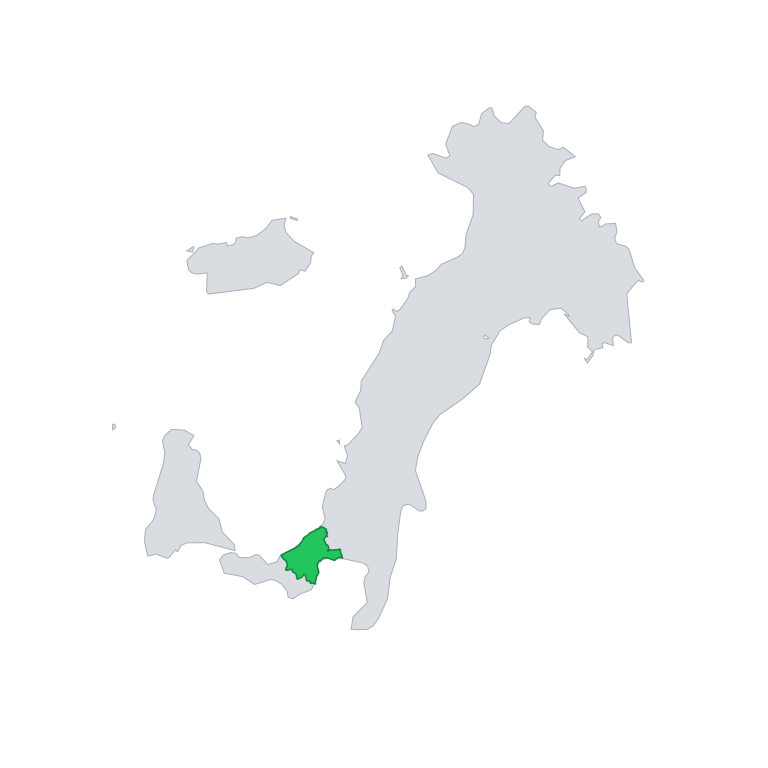 Cosenza on a map of Italy (orthographic projection), rotated 71°
{"feature_id": "ITA-5391", "entity_name": "Cosenza", "entity_type": "Province", "adm_level": 1, "iso_a3": "ITA", "parent_name": "Italy", "parent_adm1": "", "projection": "orthographic", "projection_center": [16.346, 39.592], "detail": "fine", "context": "in_parent", "style": "filled", "palette": "green", "viewbox_px": 768, "rotation_deg": 71, "n_neighbors": 0, "source": "natural_earth", "source_scale": "10m", "svg_char_len": 6492}
<svg xmlns="http://www.w3.org/2000/svg" viewBox="0 0 768 768"><g transform="rotate(71 384 384)"><path d="M177.1,151.7L180.8,154.5L196.4,150.9L205.3,154.7L213.4,150.5L219.0,143.2L218.6,137.3L231.5,129.1L231.7,139.8L237.8,147.6L244.1,149.9L242.2,154.1L247.9,163.4L250.5,162.8L251.5,161.3L250.6,153.8L261.0,140.1L262.3,130.1L264.0,129.2L268.4,130.2L271.3,139.9L286.7,138.0L291.3,145.5L293.8,144.3L290.8,131.9L293.1,125.8L297.2,124.9L299.7,128.1L305.5,129.3L306.0,125.7L304.7,123.1L307.5,112.7L316.1,114.2L320.9,118.3L326.9,118.5L332.6,110.4L336.8,108.5L356.2,109.0L370.8,104.6L371.9,105.8L369.1,109.7L369.8,112.4L377.7,125.1L425.5,136.6L424.6,139.6L414.0,147.0L413.1,150.0L414.6,152.7L422.4,154.8L416.7,161.9L416.7,164.7L420.8,165.2L419.9,174.1L425.0,177.0L430.4,185.0L424.6,186.2L427.0,184.2L421.5,176.4L415.3,179.4L405.7,175.8L398.9,182.7L376.1,190.9L380.2,186.9L378.5,186.8L370.1,191.8L367.7,202.6L373.5,213.6L378.2,217.6L375.7,224.1L372.5,226.4L368.6,224.4L367.2,230.2L368.5,246.0L371.5,257.1L382.2,269.8L390.4,274.0L415.1,293.6L423.8,314.8L431.1,341.2L437.6,351.2L451.4,365.5L464.1,376.0L476.1,382.5L507.8,382.5L515.8,384.8L516.7,389.2L515.2,392.2L505.7,399.5L505.1,405.4L509.6,409.5L531.3,420.4L553.6,429.4L568.7,441.1L588.4,450.7L603.9,465.6L609.5,473.5L610.6,479.7L607.1,490.6L605.2,495.0L594.1,489.1L585.0,470.8L565.8,467.9L560.2,464.8L556.9,459.3L550.9,458.8L546.7,461.8L536.2,479.0L530.5,493.9L530.2,499.9L533.4,505.7L542.7,508.9L554.8,519.4L555.3,532.5L557.5,539.9L554.3,544.1L548.2,543.1L540.1,545.8L534.3,550.6L531.9,555.2L531.4,571.6L520.3,580.1L510.8,596.6L496.7,596.7L493.4,591.5L493.4,584.0L495.8,579.3L501.0,577.2L504.5,567.6L503.4,560.6L505.5,557.5L516.8,552.8L517.3,543.1L513.1,538.7L509.6,521.0L496.2,486.8L491.8,483.4L479.9,482.4L465.9,473.1L465.1,469.3L467.5,465.7L466.0,460.8L461.8,452.1L458.8,450.0L441.4,453.4L446.5,446.5L440.4,441.9L429.7,441.7L429.9,438.6L422.7,424.5L417.8,418.7L398.3,415.2L391.9,417.4L382.6,408.2L374.0,404.6L353.0,378.4L342.7,370.3L336.6,359.0L323.6,351.0L317.4,352.5L316.0,351.0L319.3,349.0L318.9,344.8L310.5,333.4L305.5,329.6L302.3,322.3L294.8,320.1L295.9,307.5L293.7,298.4L289.4,290.5L287.8,272.3L286.0,267.0L280.9,262.8L269.1,257.6L253.2,244.7L233.9,237.6L225.4,241.0L202.1,264.0L181.9,268.0L182.0,262.7L190.7,251.9L189.7,247.4L177.4,247.6L162.7,235.5L161.7,226.0L167.1,217.6L170.0,215.8L169.2,209.8L160.3,203.8L157.4,195.6L157.4,192.9L160.0,191.8L165.5,192.8L175.0,188.2L178.4,181.0L167.5,160.6L168.4,156.7L177.1,151.7ZM374.1,274.4L375.0,269.7L370.8,272.5L371.8,274.7L374.1,274.4ZM493.1,579.0L475.9,604.7L470.0,622.1L470.6,628.7L475.4,633.6L473.0,635.5L478.1,643.8L478.0,646.0L470.3,655.3L470.0,663.4L455.6,661.9L443.9,657.0L438.3,647.5L433.8,643.5L428.9,640.3L418.8,640.2L414.3,638.2L388.1,619.0L377.8,613.7L365.8,612.0L361.2,607.7L357.7,599.5L362.9,587.3L371.0,580.6L377.8,588.8L384.1,586.4L384.5,583.9L388.9,580.9L394.4,581.1L415.1,593.0L426.2,590.1L436.1,591.6L445.4,590.3L457.5,584.0L471.3,585.0L487.4,577.7L493.1,579.0ZM251.7,429.0L257.2,449.9L249.7,461.8L251.2,475.4L241.9,520.4L238.7,521.6L221.4,514.9L219.2,525.2L216.5,529.3L212.8,531.7L203.2,530.2L195.0,514.4L195.5,499.6L197.8,495.5L198.8,487.0L202.5,486.8L203.2,481.1L201.4,477.8L197.9,476.4L198.5,470.0L201.5,465.3L202.3,456.6L198.5,445.1L192.7,436.5L195.3,422.6L200.6,426.7L209.0,427.2L219.4,422.8L237.1,407.7L239.1,410.9L245.7,414.1L251.6,421.7L248.8,426.1L251.7,429.0ZM289.8,325.7L291.0,329.0L290.2,333.5L287.1,330.7L279.0,331.1L278.3,328.8L288.2,327.5L289.8,325.7ZM196.8,522.0L194.0,527.1L192.0,519.9L192.5,519.0L196.8,522.0ZM201.0,413.0L196.9,418.4L195.0,418.1L200.2,411.9L201.0,413.0ZM338.9,655.6L334.2,654.1L334.1,651.6L337.9,652.1L338.9,655.6ZM426.3,445.5L422.4,447.0L422.6,444.2L426.3,445.5Z" fill="#d9dde1" stroke="#a8b0b8" stroke-width="1"/><path d="M535.0,480.0L534.4,480.6L533.6,481.8L533.3,483.9L533.4,484.5L534.0,486.5L534.7,488.2L534.3,488.8L533.6,489.4L533.0,490.7L531.1,492.5L529.7,495.1L529.0,496.8L528.9,498.4L529.4,499.9L530.5,501.3L530.5,501.7L530.0,503.0L531.2,504.5L533.1,505.8L534.5,506.4L539.6,506.7L541.0,507.1L541.6,507.6L542.4,508.2L543.0,509.0L543.3,509.9L543.6,510.3L546.1,511.5L548.1,513.1L548.8,513.3L549.8,513.5L550.5,513.8L550.8,514.2L549.7,515.1L549.2,515.8L548.9,516.8L548.9,517.6L548.8,517.9L548.6,518.2L548.2,518.5L547.9,518.5L546.7,518.1L546.3,518.1L546.0,518.4L545.8,518.9L545.6,520.2L545.5,520.6L545.0,521.0L544.2,521.2L539.0,520.7L538.6,520.8L538.3,521.0L538.0,521.9L538.3,522.6L539.5,523.7L539.9,524.8L540.4,528.3L540.3,529.4L540.0,529.6L539.6,529.7L535.3,529.0L534.1,529.5L533.6,529.8L533.3,530.1L533.2,530.5L532.9,530.9L531.0,531.7L530.8,531.6L530.1,531.3L529.7,531.3L529.3,531.6L529.1,531.9L529.0,532.2L528.8,532.9L528.6,536.5L528.1,537.3L527.3,537.4L526.5,536.9L524.5,534.8L523.9,534.5L521.6,534.0L519.5,534.4L515.3,536.6L513.2,536.9L512.6,537.2L512.0,535.9L510.4,523.3L510.1,521.4L508.5,516.4L506.9,514.3L505.9,512.4L504.8,511.2L503.6,510.4L503.2,509.7L502.9,508.4L502.5,507.0L502.0,504.9L501.1,503.5L500.7,502.6L500.1,497.2L500.0,497.5L499.9,496.5L499.7,495.9L499.3,495.7L499.3,495.4L499.8,493.3L499.5,492.1L498.3,490.3L498.4,490.2L499.1,489.3L499.3,488.7L499.5,488.4L499.6,488.2L502.3,486.1L502.7,485.9L503.0,485.9L503.8,486.3L504.2,486.7L504.3,486.8L504.4,487.0L504.6,487.1L504.8,487.1L505.0,487.0L505.2,486.4L505.3,486.2L505.5,486.1L506.2,486.0L506.6,486.0L506.8,486.1L507.0,486.2L507.0,486.3L507.6,487.1L507.7,487.3L507.8,487.4L508.0,487.5L508.4,487.5L508.7,487.4L509.4,487.1L509.7,487.1L509.7,487.3L509.4,488.0L509.2,488.4L509.2,488.6L509.2,488.8L509.3,489.0L510.3,490.2L510.8,490.9L511.0,491.0L511.6,491.4L511.9,491.4L512.1,491.4L512.5,491.3L516.9,491.0L517.3,490.8L517.4,490.5L517.5,490.3L517.6,490.2L518.3,489.8L519.2,489.5L519.6,489.5L521.2,489.7L521.4,489.8L521.6,489.9L521.8,490.2L521.9,490.3L522.2,490.5L522.4,490.6L522.5,490.7L522.6,490.9L522.7,491.2L522.8,491.4L523.0,491.5L523.3,491.7L523.5,491.6L523.6,491.4L523.6,491.2L523.5,490.6L523.5,490.4L523.4,490.3L523.3,490.2L523.1,490.1L522.9,489.8L522.9,489.7L523.0,489.5L523.3,489.3L523.4,489.1L523.5,489.0L523.5,488.8L523.6,488.1L523.8,487.7L524.0,487.4L524.2,487.2L524.4,486.9L524.5,486.7L524.7,486.4L524.7,486.1L524.7,485.9L524.6,484.9L524.7,484.7L524.8,484.1L525.0,483.7L525.2,483.4L525.5,482.6L525.6,481.9L525.6,480.6L525.7,480.2L525.7,479.8L525.8,479.7L526.1,479.3L526.3,479.1L526.5,479.0L526.8,479.4L526.9,479.6L527.1,479.7L528.4,479.6L530.0,479.9L530.4,479.9L531.7,479.6L534.3,479.8L535.0,480.0Z" fill="#22c55e" stroke="#15803d" stroke-width="1.5"/></g></svg>